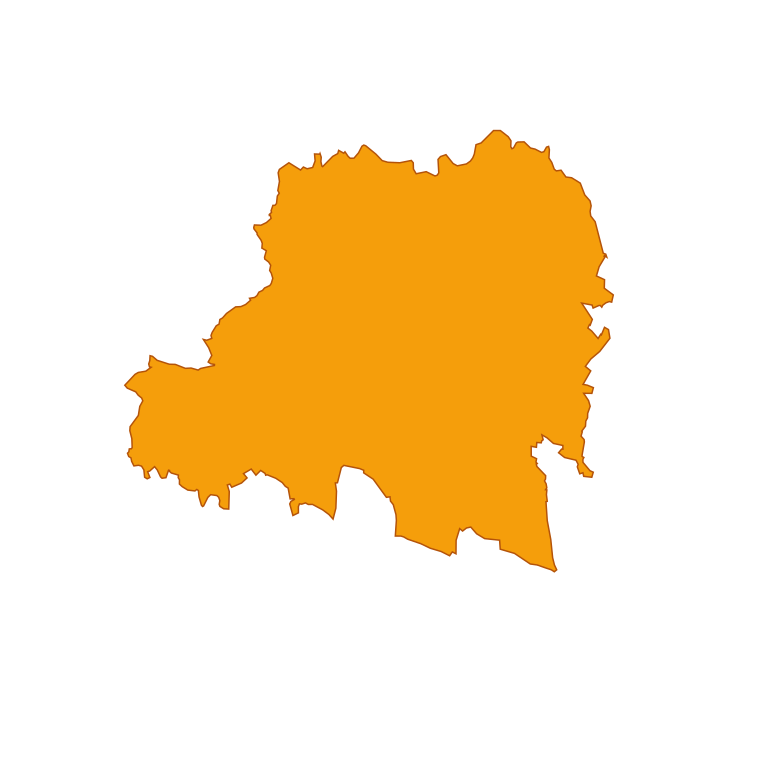 Naas Lea-7, Kildare, Ireland (Robinson projection), rotated 66°
{"feature_id": "5873133B14255448334282", "entity_name": "Naas Lea-7", "entity_type": "district", "adm_level": 2, "iso_a3": "IRL", "parent_name": "Ireland", "parent_adm1": "Kildare", "projection": "robinson", "projection_center": [-6.602, 53.206], "detail": "fine", "context": "isolated", "style": "filled", "palette": "amber", "viewbox_px": 768, "rotation_deg": 66, "n_neighbors": 0, "source": "geoboundaries", "source_scale": "gbopen_adm2", "svg_char_len": 4862}
<svg xmlns="http://www.w3.org/2000/svg" viewBox="0 0 768 768"><g transform="rotate(66 384 384)"><path d="M170.7,297.9L158.9,303.8L157.5,305.3L157.8,307.4L162.5,313.3L165.5,319.6L164.0,323.1L161.5,324.2L156.0,325.2L156.8,326.9L152.1,330.4L154.7,332.5L155.2,338.3L160.5,351.6L159.7,352.1L155.2,351.2L151.3,349.1L147.4,348.7L147.9,349.2L145.6,353.9L152.2,356.2L157.2,361.1L156.1,366.7L153.0,369.4L154.6,373.2L143.2,380.9L145.4,392.3L148.0,394.8L156.4,397.1L164.1,402.3L167.1,402.1L168.9,405.0L175.4,408.8L176.4,411.0L175.6,412.8L179.7,416.6L181.5,417.0L182.5,419.9L183.4,420.2L183.7,419.3L186.8,419.8L188.7,425.8L188.9,431.8L186.0,437.7L188.0,439.3L189.4,439.7L194.3,438.5L195.8,439.1L202.8,437.8L206.0,438.0L210.2,440.3L214.4,437.3L219.6,441.6L221.4,442.1L225.6,439.8L229.4,439.2L233.8,442.3L236.8,441.9L242.2,442.6L246.2,446.0L247.6,448.2L247.7,454.1L249.1,456.9L249.2,460.9L251.6,464.1L252.3,467.0L251.0,472.0L253.2,471.8L255.1,478.1L255.1,483.2L253.2,488.2L255.5,499.2L258.0,504.7L258.3,507.7L262.2,510.3L262.6,513.6L266.9,519.9L269.3,522.3L272.3,522.8L271.9,528.2L269.8,530.9L279.5,529.4L287.9,529.7L292.4,535.7L295.1,534.0L297.2,530.9L298.1,531.4L295.2,545.2L295.7,548.1L291.0,553.7L288.9,559.1L281.2,566.7L278.6,572.1L270.1,581.6L264.6,584.2L263.0,586.2L267.3,588.4L270.0,590.8L272.9,591.3L274.0,589.9L275.4,596.4L273.5,603.8L273.9,607.5L279.7,621.3L283.4,620.2L290.2,614.0L294.3,613.1L298.2,611.1L301.3,611.2L305.1,616.2L312.8,621.2L319.7,633.3L323.3,635.2L331.4,636.6L339.6,639.9L340.4,641.0L339.7,643.1L342.2,644.7L342.9,646.5L346.4,646.7L348.6,645.2L352.0,646.0L357.1,645.8L358.4,641.3L360.4,638.9L364.8,638.3L371.8,640.6L374.3,638.9L374.2,635.9L368.0,635.6L368.2,633.4L366.2,627.2L370.2,626.1L378.0,625.9L379.8,625.1L380.9,621.3L375.1,615.9L375.7,615.1L376.8,615.4L378.8,614.5L383.6,608.9L385.9,610.1L388.3,609.8L392.2,611.6L395.7,610.1L401.1,606.4L404.8,600.2L404.2,597.9L405.8,596.9L411.9,598.9L420.4,600.1L422.1,599.6L422.0,598.4L416.0,591.1L414.6,587.4L417.9,582.1L420.2,581.1L423.7,581.4L426.9,583.5L429.1,583.7L432.8,581.2L435.1,576.7L419.3,569.1L412.5,568.2L412.8,565.5L416.4,565.1L416.5,554.4L414.1,547.3L408.7,548.8L407.7,539.9L415.2,538.1L412.8,531.8L417.3,529.0L419.2,529.2L419.4,527.7L426.1,521.2L432.7,517.0L437.3,515.8L440.1,513.9L450.8,516.5L452.1,512.9L453.0,512.9L453.4,516.8L455.2,518.9L467.1,520.7L466.9,514.6L461.2,512.1L459.1,510.0L460.3,508.0L460.7,504.1L463.3,502.1L464.9,498.3L473.9,491.3L480.8,487.4L486.7,485.5L477.9,478.5L462.6,471.0L454.6,468.7L455.3,466.7L443.0,457.0L442.0,453.8L451.4,440.6L454.6,437.6L456.9,438.7L466.5,432.6L488.5,427.9L489.5,424.4L493.6,425.7L498.0,424.6L508.2,426.2L513.7,428.2L527.5,435.5L529.8,430.4L531.7,428.2L535.4,425.5L544.9,415.3L552.9,408.5L560.2,400.0L567.6,393.9L565.2,389.9L568.4,387.3L556.1,381.7L546.9,373.7L550.3,372.0L549.1,367.2L550.0,362.9L558.5,360.3L566.2,354.9L573.7,341.9L582.2,345.0L591.8,333.7L607.9,323.6L611.6,317.7L617.9,311.0L621.8,306.7L624.8,304.8L624.0,301.8L618.6,301.9L611.3,300.6L593.9,294.9L575.1,290.4L557.4,283.9L557.6,282.6L551.1,280.6L547.0,278.3L546.3,279.4L545.1,277.5L541.1,276.5L537.8,276.8L536.5,275.1L533.5,273.6L521.5,277.9L518.9,277.4L519.0,276.4L517.1,276.9L514.3,275.0L509.8,278.8L500.8,274.9L503.8,270.5L499.6,268.2L501.7,264.3L500.0,262.9L499.7,261.3L494.7,260.4L499.4,257.0L507.2,253.4L512.9,245.6L516.3,247.1L515.7,248.2L517.8,252.5L524.6,248.9L531.7,239.6L536.3,239.3L538.3,241.1L545.7,241.7L546.0,238.4L549.6,239.1L553.7,232.1L549.7,228.7L547.0,231.1L536.5,234.1L533.8,233.0L532.4,231.3L530.8,232.5L529.6,232.0L518.4,224.5L516.1,223.8L511.8,225.2L508.3,222.3L507.5,222.5L504.5,217.1L499.9,214.7L497.7,211.8L493.7,209.9L488.2,204.7L482.4,203.9L473.7,205.4L477.1,197.9L472.5,194.2L467.8,198.7L465.3,202.3L456.1,189.8L449.8,192.9L445.3,184.9L442.0,173.7L434.1,159.0L425.6,156.8L421.9,159.5L427.5,165.4L426.7,165.7L429.5,169.9L420.1,172.7L415.8,175.0L413.3,172.1L414.1,171.7L409.7,167.4L390.5,170.5L396.5,161.8L399.7,162.1L399.7,155.7L400.2,154.5L402.4,153.8L401.0,152.1L400.1,148.3L400.3,144.7L401.8,142.7L395.9,138.3L386.1,143.8L378.4,140.1L371.7,146.0L364.4,139.8L357.9,130.6L356.8,131.0L356.4,130.3L358.7,128.9L355.6,128.6L353.7,130.5L321.6,125.1L314.6,126.8L310.1,125.5L305.5,122.3L300.6,121.3L292.9,123.7L280.3,123.0L271.9,128.7L268.9,133.6L260.7,135.3L259.4,139.9L257.0,141.1L249.8,140.6L244.6,141.4L237.2,137.6L233.9,137.0L233.7,139.2L236.8,143.4L236.5,145.9L230.9,150.4L228.0,154.2L219.8,157.5L217.4,163.3L217.5,165.0L221.0,169.6L221.1,171.4L218.8,171.7L213.5,169.1L208.7,169.9L199.8,174.6L197.0,180.8L203.3,197.2L202.8,202.6L210.7,208.0L213.5,210.9L215.5,214.4L216.5,219.2L214.5,228.3L210.7,231.2L199.7,234.1L199.2,239.9L200.8,243.3L213.4,248.1L214.9,250.5L214.7,252.8L207.2,259.1L205.0,269.1L199.7,269.7L193.8,267.3L190.9,268.1L188.3,279.6L183.0,290.3L179.2,294.8L170.7,297.9Z" fill="#f59e0b" stroke="#b45309" stroke-width="1.5"/></g></svg>